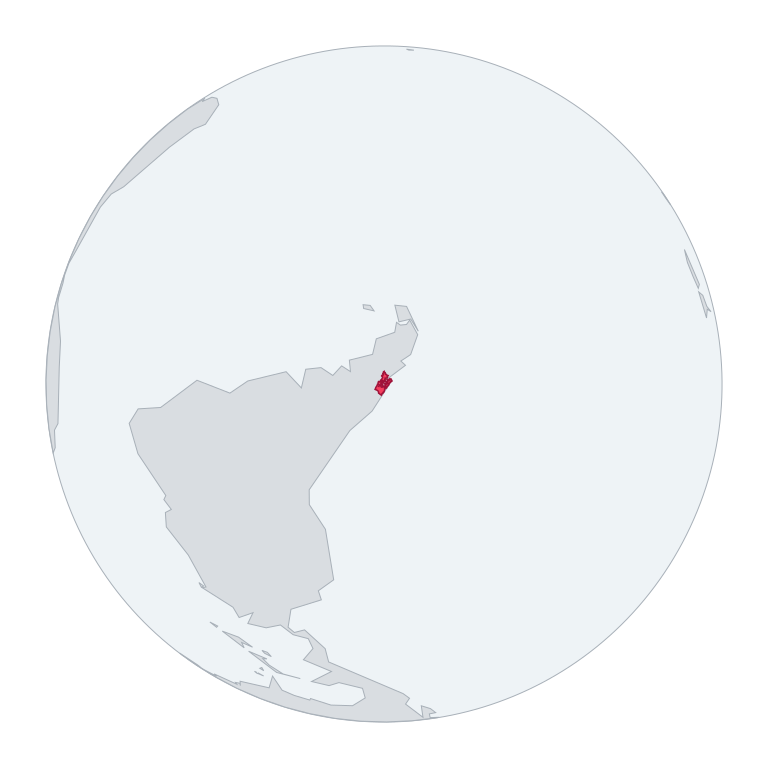 Los Lagos on an orthographic globe, rotated 208°
{"feature_id": "CHL-2704", "entity_name": "Los Lagos", "entity_type": "Region", "adm_level": 1, "iso_a3": "CHL", "parent_name": "Chile", "parent_adm1": "", "projection": "orthographic", "projection_center": [-73.115, -42.159], "detail": "fine", "context": "on_globe", "style": "filled", "palette": "rose", "viewbox_px": 768, "rotation_deg": 208, "n_neighbors": 0, "source": "natural_earth", "source_scale": "10m", "svg_char_len": 8119}
<svg xmlns="http://www.w3.org/2000/svg" viewBox="0 0 768 768"><g transform="rotate(208 384 384)"><circle cx="384" cy="384" r="338" fill="#eef3f6" stroke="#a8b0b8"/><path d="M396.9,46.3L392.1,46.2L400.7,46.5L417.3,47.7L419.1,48.0L424.7,48.7L431.3,49.5L434.3,49.8L438.1,50.5L417.0,48.5L413.2,47.9L419.9,48.2L408.8,47.3L394.6,47.4L397.9,48.3L373.0,49.8L375.0,50.8L370.7,52.1L369.2,50.2L371.5,54.0L342.8,61.8L345.3,73.8L330.2,65.8L317.0,66.9L301.1,70.1L301.2,71.8L280.1,75.6L260.7,85.2L253.2,98.0L260.1,105.2L283.6,99.2L290.9,91.9L308.3,87.3L295.4,105.5L325.7,102.7L322.5,117.1L331.3,123.6L346.5,120.0L362.3,122.6L373.6,113.4L391.8,108.6L392.3,120.6L402.3,109.8L412.5,116.0L448.7,118.8L445.9,121.2L476.5,141.1L509.1,155.6L516.7,167.9L512.9,173.4L524.1,178.6L524.3,183.1L568.5,206.9L590.5,229.6L589.4,246.6L570.2,258.4L550.9,299.5L515.8,303.6L505.7,322.7L476.2,348.9L455.1,341.7L460.0,360.3L447.3,368.9L433.2,367.5L429.9,380.1L419.4,379.2L425.8,388.8L408.0,404.8L412.0,420.3L398.8,434.7L401.9,444.3L397.2,443.7L392.1,447.1L391.3,452.5L377.4,443.4L374.3,422.5L379.9,412.2L373.8,410.6L385.7,385.3L378.8,390.3L381.8,354.5L392.3,326.9L400.4,255.5L393.3,242.4L367.5,228.2L336.5,187.5L344.9,170.6L338.0,164.0L360.4,141.4L354.5,124.2L346.5,122.5L338.7,129.6L311.7,122.7L302.4,112.6L221.7,119.6L213.9,118.5L214.7,111.5L193.1,108.0L200.0,117.4L190.6,119.2L184.1,118.1L189.1,114.0L186.6,111.1L178.9,115.6L179.8,114.8L200.9,100.0L223.1,86.8L246.2,75.4L270.2,65.8L294.8,58.1L319.9,52.2L345.4,48.3L371.1,46.3L396.9,46.3ZM343.4,78.9L378.1,84.5L358.3,86.3L362.1,84.6L353.3,81.9L336.9,80.6L319.6,84.6L343.4,78.9ZM359.2,69.8L353.2,69.7L359.1,69.2L359.2,69.8ZM400.5,463.1L378.5,446.7L390.9,453.9L400.0,445.9L411.4,458.7L400.5,463.1ZM427.1,443.9L437.4,441.1L439.7,444.2L433.1,446.9L427.1,443.9ZM686.3,535.1L686.6,534.4L676.3,552.3L677.1,548.0L670.6,556.4L665.6,557.8L661.0,553.0L663.6,529.5L671.5,520.0L684.7,492.2L706.4,436.0L714.0,423.7L717.5,407.0L718.5,357.0L718.9,342.6L717.1,330.2L714.8,322.3L711.9,307.6L709.7,301.4L689.7,269.9L678.6,246.3L653.3,196.0L653.3,188.6L644.4,173.4L643.7,167.8L658.7,187.1L672.2,207.5L684.2,228.8L694.6,250.9L703.4,273.7L710.6,297.1L716.0,320.9L719.7,345.1L721.6,369.5L721.8,393.9L720.2,418.3L716.8,442.5L711.7,466.4L704.9,489.9L696.4,512.8L686.3,535.1ZM449.8,118.8L454.2,121.8L448.4,121.0L449.8,118.8ZM355.5,90.4L362.9,90.2L366.7,91.5L361.0,92.3L355.5,90.4ZM417.6,90.6L426.0,92.1L417.2,92.2L417.6,90.6ZM383.6,85.4L410.8,89.9L393.6,92.2L376.5,89.9L388.4,89.0L383.6,85.4ZM355.6,74.4L360.2,74.7L358.8,76.3L355.6,74.4ZM363.5,69.5L361.7,69.7L359.5,68.8L363.5,69.5ZM420.3,48.1L422.2,48.3L428.8,49.1L425.8,48.8L420.3,48.1ZM521.4,690.2L514.3,692.8L518.8,690.5L521.4,690.2ZM152.3,620.0L151.4,616.0L161.1,623.6L173.2,633.8L181.9,643.8L152.3,620.0ZM223.9,681.6L215.0,676.6L222.3,680.2L229.3,684.0L227.1,683.3L223.9,681.6ZM144.1,611.9L135.4,604.1L129.2,601.4L133.7,601.8L130.2,593.7L149.4,613.1L144.1,611.9Z" fill="#d9dde1" stroke="#a8b0b8" stroke-width="1"/><path d="M389.8,383.0L390.0,383.3L390.0,383.6L389.7,383.9L389.4,384.0L389.2,384.1L389.0,383.8L388.8,383.8L388.7,383.9L388.6,384.3L388.3,384.6L388.3,384.8L388.6,385.3L388.5,385.6L388.7,385.9L388.3,386.2L388.2,386.4L388.2,386.6L388.3,386.8L388.2,387.0L388.3,387.3L388.3,388.2L388.2,389.0L388.6,389.6L388.8,389.7L389.4,389.8L389.9,390.0L389.9,390.7L389.8,390.8L389.6,390.8L389.2,390.9L389.2,391.2L389.0,391.3L389.0,391.5L389.3,391.7L389.4,391.9L389.3,392.1L389.6,392.2L390.0,392.6L390.0,393.0L389.6,393.3L389.5,393.5L389.8,393.6L389.8,393.9L389.9,394.0L390.2,394.5L389.8,395.2L389.6,394.9L388.9,394.7L388.3,394.6L388.1,394.5L387.9,394.1L387.6,393.9L387.6,393.7L387.3,393.3L387.0,393.3L386.6,393.5L386.4,393.6L385.5,393.2L385.2,392.7L385.1,392.8L385.0,393.1L384.8,393.0L384.3,393.3L384.3,393.2L384.5,392.9L384.6,392.6L384.9,392.5L384.8,392.4L384.4,392.4L384.0,391.7L384.1,391.2L384.1,390.8L384.3,390.7L384.9,390.3L384.9,390.1L384.8,389.5L385.1,389.1L385.3,389.0L385.4,389.3L385.6,389.4L385.5,389.0L385.6,388.4L385.2,388.0L385.1,387.5L385.1,387.2L385.3,387.0L385.1,386.7L385.1,386.3L385.3,386.0L385.6,386.0L385.9,386.0L386.3,386.4L386.5,386.4L386.4,386.2L385.9,385.9L385.7,385.6L385.7,385.4L385.4,384.9L385.2,384.9L385.2,384.7L385.3,384.5L386.3,384.1L386.4,384.3L386.9,385.7L387.0,385.8L387.0,385.7L386.9,385.2L386.8,384.8L386.8,384.7L387.1,384.5L386.9,384.5L386.8,384.2L387.0,383.9L386.7,383.8L386.7,383.5L386.9,382.9L386.6,382.8L386.3,383.3L386.2,383.3L386.1,383.1L385.9,383.1L385.7,383.1L385.3,382.9L385.2,382.7L385.3,382.3L385.3,382.2L386.1,381.4L386.4,381.5L386.6,381.4L387.1,381.3L387.4,381.0L387.6,381.0L387.4,380.8L387.5,380.4L387.5,380.0L387.6,379.6L387.6,379.4L387.4,379.4L387.4,379.5L387.5,379.6L387.4,379.9L387.3,380.7L387.1,381.1L386.3,381.4L386.0,381.2L385.9,380.8L385.7,380.7L385.6,380.4L385.2,380.1L384.7,380.0L384.4,380.2L384.3,380.3L384.0,380.6L384.1,380.8L384.2,381.1L384.2,381.3L383.9,381.6L383.7,381.6L383.6,381.8L382.6,381.8L382.3,381.9L381.6,381.6L381.2,381.6L381.3,381.5L381.4,381.2L381.4,380.9L381.6,380.8L382.1,380.8L382.3,380.2L382.0,380.7L381.8,380.7L381.6,380.6L381.4,380.6L381.1,380.5L380.9,380.4L381.0,380.3L380.8,379.9L380.7,379.7L380.8,379.1L380.7,378.8L380.4,378.1L380.4,377.9L380.4,377.7L380.3,377.0L380.7,376.7L380.5,376.4L380.6,376.1L380.7,375.8L380.9,375.4L380.7,375.2L380.8,375.1L381.1,374.9L381.3,374.5L381.0,373.8L381.1,373.6L381.1,372.9L381.5,373.0L382.5,373.0L383.6,373.4L384.2,373.3L384.5,373.4L384.7,373.6L384.9,374.2L385.0,374.3L385.8,374.9L386.2,375.1L386.6,375.2L387.8,375.2L388.9,375.1L389.5,374.8L389.6,374.6L389.6,374.9L389.2,375.6L389.4,376.3L389.6,376.8L389.6,377.2L389.6,377.7L389.5,378.2L389.4,378.3L389.5,378.7L389.4,379.4L389.5,379.8L389.4,380.2L389.6,380.6L389.2,380.9L389.2,381.1L389.5,381.4L389.5,381.8L389.8,382.3L389.9,382.7L389.8,383.0ZM378.8,390.7L378.6,390.7L378.4,390.4L378.6,390.3L378.7,389.9L378.8,389.8L378.9,389.7L378.7,389.6L378.8,389.4L379.0,389.4L379.2,389.1L379.1,388.9L379.3,388.8L379.2,388.5L379.4,388.4L379.5,388.3L379.5,388.0L379.4,388.0L379.5,387.8L379.4,387.6L379.5,387.5L379.5,387.3L379.6,387.2L379.6,386.9L379.5,386.5L379.4,386.2L379.4,385.9L379.3,385.6L379.5,385.0L379.4,384.7L379.9,383.9L379.8,383.6L379.9,383.4L379.9,382.8L380.1,382.5L380.1,382.4L380.0,382.2L379.9,382.2L379.8,381.9L379.9,381.7L380.3,382.0L380.4,381.8L380.5,381.8L380.6,382.2L380.2,382.0L380.2,382.3L380.7,382.4L380.8,382.4L380.9,382.2L381.1,382.5L381.1,382.2L381.5,381.9L381.7,382.1L381.8,381.9L382.0,381.9L382.1,382.1L382.3,382.2L382.1,382.3L382.2,382.5L382.2,382.9L382.3,383.2L382.5,383.3L382.5,383.5L382.3,383.8L382.8,384.2L382.8,384.3L382.9,384.5L382.8,384.9L382.6,384.8L382.3,385.0L381.9,385.0L381.6,385.2L381.5,385.3L381.6,385.5L381.6,385.9L381.8,386.1L381.4,386.2L381.2,386.2L381.2,385.8L380.9,386.1L381.0,386.3L381.0,386.5L381.3,387.0L381.5,387.0L381.8,387.4L382.3,387.7L382.4,387.9L382.4,388.2L382.0,388.3L381.9,388.2L381.8,388.3L381.4,388.2L381.7,388.4L381.7,388.6L381.8,388.6L382.0,388.8L382.2,389.3L382.0,389.2L381.9,389.2L381.9,389.3L382.0,389.3L382.4,389.6L382.2,389.7L381.4,389.8L381.3,389.6L381.2,389.7L381.3,390.0L381.3,390.3L381.6,390.7L381.6,390.8L381.4,390.8L381.6,391.0L381.4,391.3L381.1,391.1L381.1,391.4L380.9,391.3L380.9,391.5L380.7,391.5L380.5,391.1L380.3,391.2L380.2,391.3L380.1,391.1L379.9,391.2L379.8,391.4L379.6,391.1L378.9,390.9L378.8,390.7ZM382.7,386.2L382.7,386.4L382.4,386.0L381.8,385.7L381.7,385.3L382.1,385.3L382.2,385.6L382.7,386.2ZM386.6,384.0L386.2,383.7L386.3,383.5L386.4,383.4L386.6,383.4L386.7,383.5L386.7,383.9L386.6,384.0ZM381.9,388.6L382.0,388.5L382.7,388.7L382.9,388.9L382.6,388.9L382.3,388.7L381.9,388.6ZM381.9,386.5L381.9,386.8L381.6,386.7L381.4,386.8L381.2,386.6L381.6,386.5L381.8,386.4L381.9,386.5ZM384.1,382.1L384.1,381.6L384.5,382.1L384.3,382.2L384.1,382.1ZM384.4,387.2L384.5,387.2L384.6,387.4L384.8,387.3L384.8,387.7L384.7,387.8L384.4,387.3L384.4,387.2ZM384.0,384.5L384.2,384.8L383.9,384.9L383.7,384.7L383.9,384.7L384.0,384.5ZM381.4,390.0L381.7,390.1L381.7,390.3L381.4,390.2L381.4,390.0ZM383.0,386.7L383.5,386.8L383.2,386.9L383.0,386.7ZM379.1,391.1L379.1,391.3L379.1,391.5L379.0,391.1L379.1,391.1Z" fill="#f43f5e" stroke="#9f1239" stroke-width="1.5"/></g></svg>